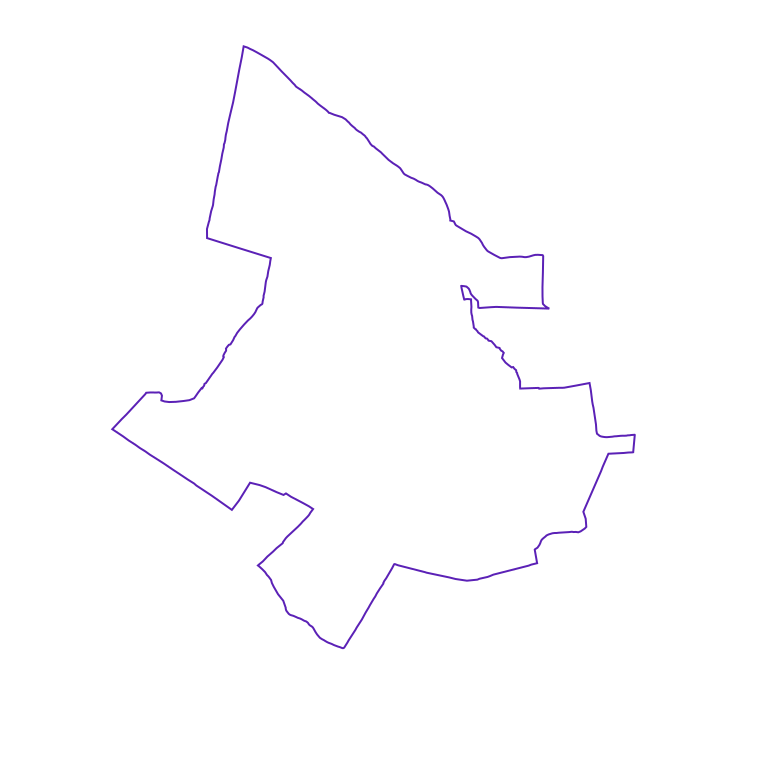 Pogonesti, Vaslui, Romania, rotated 292°
{"feature_id": "2599482B54891306865908", "entity_name": "Pogonesti", "entity_type": "district", "adm_level": 2, "iso_a3": "ROU", "parent_name": "Romania", "parent_adm1": "Vaslui", "projection": "orthographic", "projection_center": [27.531, 46.153], "detail": "fine", "context": "isolated", "style": "outline", "palette": "violet", "viewbox_px": 768, "rotation_deg": 292, "n_neighbors": 0, "source": "geoboundaries", "source_scale": "gbopen_adm2", "svg_char_len": 6166}
<svg xmlns="http://www.w3.org/2000/svg" viewBox="0 0 768 768"><g transform="rotate(292 384 384)"><path d="M275.2,593.1L286.9,585.8L287.3,585.9L289.7,587.6L291.3,588.0L293.1,588.4L294.9,588.5L297.1,588.4L298.7,588.6L300.5,589.4L303.6,591.1L304.3,591.3L306.1,592.9L307.9,595.1L308.7,596.1L309.6,597.7L310.5,599.8L311.6,601.8L316.0,611.0L317.4,613.6L317.7,615.1L318.7,617.3L319.3,619.7L321.0,621.5L325.2,624.3L327.3,625.1L334.6,621.5L340.2,616.7L384.5,617.9L389.4,617.8L403.4,618.2L409.9,632.2L412.0,636.2L413.6,639.8L414.1,640.6L430.7,635.6L430.8,635.4L429.1,631.9L428.6,631.3L427.8,629.4L427.1,628.4L426.5,627.2L424.8,623.2L422.6,619.0L421.8,617.3L420.6,615.3L418.2,610.6L417.5,608.6L417.0,606.5L416.7,605.0L416.7,603.3L417.3,601.5L417.7,600.1L420.3,598.4L425.9,595.7L440.5,587.1L443.2,585.2L445.8,583.6L455.7,578.1L461.9,574.2L454.2,562.2L447.9,552.2L446.3,548.3L439.9,533.8L437.8,529.6L438.3,529.0L438.2,528.6L430.8,512.0L431.9,511.4L437.4,509.2L438.9,508.0L443.3,503.7L444.1,503.3L444.6,502.3L446.3,501.3L446.9,499.4L448.1,497.4L447.2,496.1L448.3,492.0L449.4,488.6L452.3,483.7L455.8,483.3L457.7,483.4L458.7,481.6L458.8,480.2L460.0,478.2L460.7,477.6L460.2,474.4L461.7,472.0L463.9,467.6L463.4,464.7L464.4,463.2L464.7,462.4L464.4,461.2L465.0,459.8L465.5,459.1L465.5,457.9L467.1,451.9L468.0,450.8L468.5,449.5L469.1,448.8L469.1,448.1L469.9,446.1L470.9,445.7L475.3,443.1L476.7,442.0L480.1,440.2L481.3,439.2L482.9,438.2L485.7,437.0L488.2,436.2L494.1,433.4L495.1,433.0L494.9,432.2L494.2,429.9L493.3,428.0L492.5,427.2L492.4,426.7L495.3,424.6L502.0,420.0L503.8,418.9L504.0,419.1L504.8,422.0L505.2,424.0L504.2,426.8L503.4,427.8L501.8,429.4L500.6,430.3L499.8,431.3L499.0,432.8L497.1,437.1L496.3,439.5L495.2,440.5L490.2,442.8L490.3,444.2L495.2,454.2L497.5,459.1L504.6,478.7L513.7,503.2L515.8,509.0L516.1,506.6L516.6,504.1L517.5,502.0L517.8,501.4L518.8,500.8L524.5,498.2L533.3,494.6L546.8,489.6L562.2,483.7L562.9,482.8L561.5,478.5L560.5,476.1L559.3,474.3L556.4,470.7L554.9,468.3L554.3,466.9L553.7,464.3L553.0,462.2L548.8,453.2L544.8,446.2L544.5,445.3L544.4,444.2L545.0,437.9L545.9,431.1L546.1,430.2L546.7,428.9L548.8,425.3L550.1,423.5L551.5,422.0L553.0,419.8L554.0,418.3L554.7,416.7L555.2,414.0L556.0,408.5L556.3,402.9L557.9,392.5L558.2,391.1L558.9,390.1L560.2,388.7L560.9,387.8L560.4,384.2L561.4,383.9L564.4,381.9L568.2,379.7L570.3,378.0L573.8,374.8L575.2,373.3L577.6,370.8L579.2,368.9L579.9,367.7L580.5,366.3L581.4,362.0L583.6,355.9L584.5,352.7L584.9,350.7L584.9,348.9L584.6,347.6L584.8,343.3L584.7,341.0L584.8,339.1L585.2,337.2L585.5,334.6L585.4,331.9L585.8,327.3L586.1,324.7L586.6,323.4L589.2,319.6L590.1,318.2L590.6,316.7L591.1,314.9L592.1,309.5L593.5,304.3L597.0,295.8L597.6,294.6L599.4,288.2L600.4,285.6L600.4,284.3L600.5,283.7L601.6,281.4L602.9,279.7L605.5,276.0L605.9,274.9L606.7,273.8L607.2,272.6L607.5,271.4L608.5,268.4L608.6,266.7L609.2,263.8L609.7,262.3L610.4,261.0L611.3,258.0L612.2,255.6L613.4,253.4L613.7,252.3L615.0,249.3L615.7,245.1L615.0,237.0L615.0,232.4L614.8,231.2L615.4,230.3L616.3,228.0L616.8,226.3L618.3,220.5L619.2,217.5L620.0,215.7L620.5,214.4L621.1,212.4L622.9,206.9L624.4,200.9L625.4,197.7L626.7,191.3L627.2,190.3L627.9,189.2L629.1,186.3L630.4,183.7L635.4,172.2L640.8,160.5L641.7,157.0L642.2,154.5L643.9,141.8L644.4,137.4L644.5,134.5L644.8,131.4L644.5,127.4L633.8,129.7L621.0,132.1L598.3,136.7L588.5,138.6L577.1,140.3L567.6,141.8L559.4,143.5L555.9,144.0L553.1,144.7L550.8,145.4L547.5,145.9L546.3,145.8L543.3,146.8L536.9,147.8L531.5,149.0L524.3,150.3L518.5,151.6L517.3,151.5L516.1,151.8L514.2,152.1L505.5,153.9L503.9,154.0L499.0,155.1L496.3,155.9L491.4,156.9L486.0,158.4L484.6,158.6L479.5,159.0L472.3,160.3L470.6,160.8L468.6,160.9L461.4,161.8L453.0,165.3L455.7,199.1L458.4,231.9L455.4,232.5L451.5,233.5L445.3,234.4L439.9,235.7L436.2,235.9L434.4,236.2L424.9,238.7L420.6,239.3L419.3,239.9L415.0,240.6L413.2,241.1L412.5,241.1L411.8,240.7L411.2,240.1L407.4,238.2L406.2,238.0L402.4,237.8L400.0,237.3L397.1,236.4L394.6,235.4L391.8,234.0L386.7,232.0L380.6,229.9L376.4,228.7L372.7,228.2L371.5,227.8L368.2,227.7L366.5,227.4L363.2,226.8L362.2,225.5L360.1,224.8L357.6,224.2L356.6,224.8L355.7,225.1L353.0,224.6L350.3,224.4L349.2,224.7L349.0,224.9L348.9,225.4L346.0,225.2L336.8,223.2L330.4,221.5L329.1,221.0L318.1,218.5L317.3,217.8L316.8,217.5L316.2,217.6L315.4,217.8L314.9,217.8L313.8,217.4L311.8,217.2L311.7,217.1L311.9,216.4L306.5,214.9L302.0,213.9L299.6,213.3L296.1,209.6L293.2,204.6L289.5,197.7L286.8,191.6L285.6,187.1L285.4,183.7L290.0,182.5L291.7,180.8L292.0,179.0L291.9,178.4L290.8,176.1L288.7,170.7L286.8,166.8L285.3,166.5L259.0,156.5L253.2,154.0L240.3,149.0L237.7,161.7L236.0,168.4L234.5,176.3L233.2,181.6L232.1,188.0L230.8,193.3L227.8,209.7L225.8,218.9L221.9,237.9L220.6,245.2L219.6,248.0L215.9,266.3L210.3,290.1L221.5,293.2L242.3,296.8L243.7,306.6L244.0,312.9L243.5,324.9L243.5,332.4L245.8,334.1L244.6,340.1L243.5,351.4L243.2,354.2L242.5,360.1L241.5,365.1L237.0,363.9L234.7,363.6L232.8,363.0L228.1,361.1L226.1,360.2L223.4,359.3L219.3,357.6L206.3,351.5L204.2,350.7L200.1,349.7L199.6,349.6L198.4,349.7L191.6,345.9L187.0,343.9L180.3,340.5L174.1,338.1L169.4,335.5L168.5,335.1L168.2,336.3L166.7,340.4L165.0,344.3L163.1,347.0L162.2,349.1L160.0,352.7L157.5,354.6L154.8,357.6L149.4,364.5L145.3,371.8L139.7,376.7L139.1,376.9L137.8,377.8L137.0,378.7L135.2,381.8L134.9,383.0L134.8,383.9L135.1,386.9L135.0,390.4L134.9,391.4L135.1,394.0L135.0,395.8L134.6,398.7L134.7,400.8L134.5,401.6L134.1,402.9L133.3,404.0L132.6,405.3L132.4,406.2L132.1,408.0L131.6,409.3L130.4,410.9L129.8,411.6L128.3,413.5L126.7,415.8L124.7,419.6L124.2,422.0L124.0,424.2L123.7,425.8L123.5,427.2L123.4,427.8L123.3,429.5L123.4,432.8L123.2,435.4L123.3,439.5L123.5,441.7L123.5,444.1L123.7,445.0L124.4,445.7L124.9,445.9L130.9,447.0L132.8,447.2L145.3,449.6L147.9,449.9L157.3,451.7L165.3,452.6L170.9,453.5L173.6,453.8L180.9,454.9L183.8,455.5L187.1,455.8L193.0,456.9L198.7,458.2L199.2,457.9L201.7,458.1L204.6,458.8L216.2,460.5L220.6,460.9L220.9,461.2L221.1,461.5L221.1,462.0L221.2,465.0L224.9,492.5L225.0,494.1L229.1,517.0L230.0,523.4L232.7,534.6L237.6,543.9L239.2,545.5L243.9,552.3L245.6,554.2L248.2,556.8L269.8,586.2L271.7,588.2L275.2,593.1Z" fill="none" stroke="#5b21b6" stroke-width="2"/></g></svg>